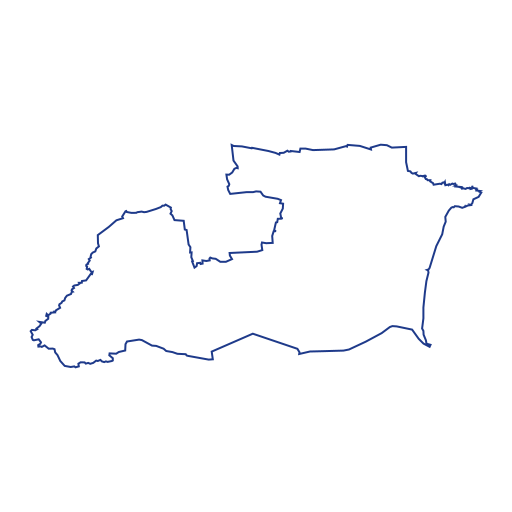 the district of Drogheda Rural Lea-4, Louth, Ireland
{"feature_id": "5873133B41163047838310", "entity_name": "Drogheda Rural Lea-4", "entity_type": "district", "adm_level": 2, "iso_a3": "IRL", "parent_name": "Ireland", "parent_adm1": "Louth", "projection": "equal_earth", "projection_center": [-6.354, 53.766], "detail": "fine", "context": "isolated", "style": "outline", "palette": "blue", "viewbox_px": 512, "rotation_deg": 0, "n_neighbors": 0, "source": "geoboundaries", "source_scale": "gbopen_adm2", "svg_char_len": 4516}
<svg xmlns="http://www.w3.org/2000/svg" viewBox="0 0 512 512"><path d="M87.8,263.2L88.1,263.8L86.4,264.7L86.2,265.9L87.1,266.6L86.7,268.9L87.8,269.5L89.2,268.8L91.5,272.2L92.7,271.8L92.0,274.2L90.7,274.0L86.1,280.4L82.0,281.0L81.8,282.7L79.3,282.8L79.8,283.4L77.8,284.9L74.3,285.5L73.0,286.5L74.0,288.0L71.9,289.4L71.6,290.6L72.7,291.7L71.8,291.9L71.0,294.0L66.9,295.7L65.2,297.9L64.4,300.4L62.3,301.4L61.5,302.9L59.5,304.2L59.1,305.4L60.1,307.8L56.0,310.3L55.5,311.5L54.4,311.6L54.8,312.4L50.7,312.7L50.6,313.6L48.2,315.3L46.7,313.9L46.2,315.9L48.3,316.8L48.2,318.8L45.4,320.9L44.8,322.7L39.3,321.9L41.3,323.6L39.5,326.2L36.5,328.5L37.2,329.2L35.2,330.3L31.9,329.9L30.7,331.2L32.7,334.8L31.6,337.0L32.8,339.9L33.9,340.3L38.7,339.3L41.0,342.3L40.4,343.7L38.2,345.1L38.4,346.6L40.7,346.4L41.8,346.9L44.6,345.4L48.7,348.7L52.8,348.6L54.5,349.2L55.2,352.4L57.5,355.1L60.3,361.0L64.7,365.9L70.7,367.0L74.3,366.4L75.5,367.3L78.8,366.4L78.4,363.7L80.6,362.3L84.6,362.4L85.8,363.6L88.2,362.9L90.2,363.8L93.2,362.9L96.2,360.6L97.8,361.0L100.4,359.9L101.9,361.4L104.2,362.1L105.9,361.4L107.6,361.9L111.9,361.0L112.8,360.5L112.8,358.2L109.3,355.3L109.6,353.4L116.2,353.7L118.8,352.0L125.2,350.5L125.5,344.2L127.0,341.5L139.1,339.6L141.9,340.1L152.0,345.6L156.2,345.9L163.6,348.7L166.2,351.0L172.5,352.1L177.4,353.8L185.7,354.2L186.7,355.5L188.1,355.9L208.7,359.6L212.8,359.3L211.7,351.6L252.8,333.7L297.4,348.8L299.5,352.3L299.2,354.0L310.0,351.5L322.4,351.2L343.5,350.6L349.0,349.5L365.7,341.7L381.7,333.1L389.9,327.0L392.4,326.1L396.7,326.4L412.1,329.6L418.7,338.8L423.5,343.6L429.6,346.8L430.5,344.8L426.5,343.7L425.9,340.3L423.6,334.7L423.4,330.9L422.1,328.5L423.4,318.4L423.4,307.5L424.9,292.5L426.4,281.1L428.5,272.6L428.1,270.4L427.1,269.9L428.6,269.4L429.6,267.9L436.3,246.1L442.2,234.3L443.7,226.6L445.7,221.7L445.3,216.9L448.8,210.6L451.3,207.7L452.5,207.1L453.7,207.3L454.8,206.2L458.6,206.5L462.2,207.8L464.8,206.9L465.2,206.2L465.5,206.6L467.8,205.5L470.7,205.1L470.3,204.7L471.0,204.8L472.3,203.2L473.4,199.3L478.6,196.9L481.3,192.5L478.6,191.4L479.5,191.5L478.9,191.1L479.4,190.9L476.4,190.5L476.9,189.5L476.2,189.4L477.0,189.1L476.2,189.0L476.4,188.5L472.8,187.9L472.2,185.8L472.3,187.9L471.5,188.3L472.6,188.6L469.5,189.2L471.1,188.2L469.6,187.7L468.5,188.2L467.1,188.0L465.6,188.9L462.9,188.3L462.0,188.7L461.4,187.9L460.7,188.1L461.4,187.6L459.6,187.1L460.0,186.9L455.6,186.5L456.2,185.5L455.4,185.5L456.0,185.1L455.3,183.9L456.0,183.4L453.1,184.0L452.3,183.6L450.2,184.8L449.2,184.2L448.5,185.2L447.9,184.7L445.4,185.2L444.9,182.1L444.4,183.1L444.0,182.3L442.4,182.7L441.4,184.1L440.0,183.7L433.6,184.7L433.1,183.2L430.2,181.4L430.4,180.2L427.6,180.2L426.9,179.2L425.8,179.0L424.6,176.9L426.5,175.9L424.9,176.1L425.7,175.4L422.9,176.1L420.2,175.8L418.9,176.2L415.3,173.7L415.9,172.9L412.9,173.6L411.5,172.9L410.4,171.4L407.9,170.9L406.1,162.2L406.1,146.9L391.8,147.6L386.9,145.2L380.7,144.7L370.7,147.6L371.0,149.5L359.8,145.9L347.6,144.9L347.0,146.6L346.1,146.1L334.1,149.4L313.0,150.1L305.6,148.6L300.4,148.6L299.6,152.0L290.8,151.0L290.7,151.5L288.7,151.7L287.4,150.7L283.7,152.8L279.8,153.0L279.4,154.6L275.5,152.9L268.4,151.0L252.0,147.8L251.7,148.3L241.9,146.4L233.7,146.0L231.7,145.0L233.5,160.6L237.6,166.4L237.7,168.2L236.4,167.9L234.4,168.8L232.2,172.5L229.2,174.7L226.4,174.6L227.1,179.3L229.3,184.2L228.8,185.8L227.5,186.6L228.2,190.0L230.2,193.9L246.9,192.1L253.2,192.1L256.1,191.4L260.5,191.7L263.2,195.5L265.5,196.7L277.7,198.8L281.0,200.1L280.0,203.2L283.1,203.7L282.8,208.6L280.3,213.5L281.2,218.1L282.7,218.1L281.3,218.7L277.8,218.8L277.2,222.2L275.9,222.5L274.1,230.4L276.0,231.1L273.6,231.4L272.2,236.0L272.7,242.9L266.2,243.2L262.0,242.5L261.5,244.7L262.3,250.1L257.1,251.7L229.6,253.0L229.9,255.6L232.0,259.1L225.9,261.8L220.3,261.8L215.7,258.8L212.3,258.4L210.3,257.6L209.5,258.5L209.7,260.4L206.3,261.0L202.4,260.4L202.6,263.6L200.6,264.0L200.2,262.8L197.1,263.2L196.6,266.1L194.5,267.6L192.1,261.4L192.9,261.1L191.3,257.2L191.6,252.4L190.1,252.5L190.4,247.2L188.6,244.5L186.6,230.0L184.8,229.5L183.7,220.8L174.5,220.1L172.4,215.4L170.5,213.7L171.7,211.1L170.6,209.0L170.9,207.6L165.6,204.6L164.2,205.7L162.4,205.7L160.8,207.1L155.9,209.0L146.6,211.9L144.1,212.2L141.6,211.6L137.3,212.2L136.3,212.8L131.5,212.9L126.8,212.0L126.2,211.0L125.5,211.3L122.2,216.5L123.0,218.2L116.4,220.3L108.7,227.0L97.8,235.1L98.0,243.3L98.9,246.4L96.3,248.5L95.3,251.4L92.7,252.6L91.2,254.2L90.6,256.6L91.0,257.5L88.8,259.1L89.7,260.6L87.8,263.2Z" fill="none" stroke="#1e3a8a" stroke-width="2"/></svg>